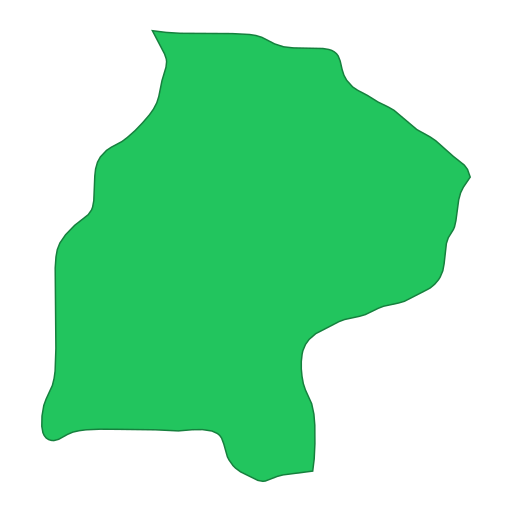 the district of Tamboril, Santiago, Dominican Republic
{"feature_id": "3306468B8987969858006", "entity_name": "Tamboril", "entity_type": "district", "adm_level": 2, "iso_a3": "DOM", "parent_name": "Dominican Republic", "parent_adm1": "Santiago", "projection": "robinson", "projection_center": [-70.591, 19.492], "detail": "fine", "context": "isolated", "style": "filled", "palette": "green", "viewbox_px": 512, "rotation_deg": 0, "n_neighbors": 0, "source": "geoboundaries", "source_scale": "gbopen_adm2", "svg_char_len": 1774}
<svg xmlns="http://www.w3.org/2000/svg" viewBox="0 0 512 512"><path d="M470.2,177.1L467.5,169.4L464.3,165.1L453.1,156.2L435.8,140.8L430.4,137.1L416.9,129.6L394.0,110.3L388.6,107.2L377.8,101.9L367.9,95.7L357.5,90.2L352.6,86.9L346.7,80.3L343.9,75.2L342.1,69.5L340.2,61.1L338.2,56.0L336.5,53.7L334.2,51.8L331.7,50.4L328.9,49.5L323.0,48.5L293.3,47.9L283.5,46.8L274.6,43.9L261.8,37.3L255.9,35.5L249.6,34.5L232.3,33.6L180.3,33.3L166.0,32.4L152.4,30.7L164.5,53.8L166.3,59.0L166.6,61.8L166.0,67.2L162.0,80.6L158.8,96.5L156.8,102.8L153.5,109.1L149.4,114.9L142.5,122.9L135.1,130.6L127.3,137.5L122.0,141.5L111.3,147.2L106.5,150.4L100.4,156.9L97.5,162.2L95.6,168.9L94.8,176.0L93.8,200.7L92.6,207.1L91.5,210.0L88.2,214.7L74.7,225.3L65.6,234.7L59.9,243.0L57.3,249.6L56.0,256.8L55.2,268.0L55.9,348.4L55.1,371.1L54.1,378.4L52.4,385.4L46.1,399.1L43.8,405.4L42.0,416.0L41.8,426.3L42.9,432.6L44.2,435.5L46.2,438.0L48.7,439.6L51.3,440.4L53.8,440.6L58.7,439.3L67.5,434.4L72.9,432.1L79.2,430.7L85.9,429.8L99.7,429.2L117.2,429.3L155.6,429.8L178.3,430.9L192.4,429.7L202.6,429.6L211.9,431.0L217.4,433.5L219.7,435.4L221.6,438.1L223.8,444.0L227.4,456.8L229.0,459.9L233.0,465.6L235.5,468.1L240.6,471.9L257.9,480.4L262.9,481.3L265.4,481.0L277.3,476.4L283.0,474.9L312.7,471.1L314.2,458.8L314.9,443.8L314.8,425.2L313.9,414.2L311.7,403.8L305.4,389.9L303.3,383.6L302.0,376.3L301.3,368.9L301.3,361.5L302.1,354.2L302.9,350.6L305.5,344.4L309.1,339.4L315.8,333.6L339.0,321.6L344.6,319.5L359.5,316.3L365.3,314.6L378.2,308.3L383.7,306.2L398.6,303.0L404.4,301.3L427.6,289.4L430.3,287.9L434.8,284.1L438.6,279.6L440.2,277.0L442.8,270.8L444.1,263.8L446.4,243.4L448.3,237.7L453.4,229.5L454.5,226.9L455.9,220.7L458.7,199.8L460.6,192.8L463.3,187.3L470.2,177.1Z" fill="#22c55e" stroke="#15803d" stroke-width="1.5"/></svg>